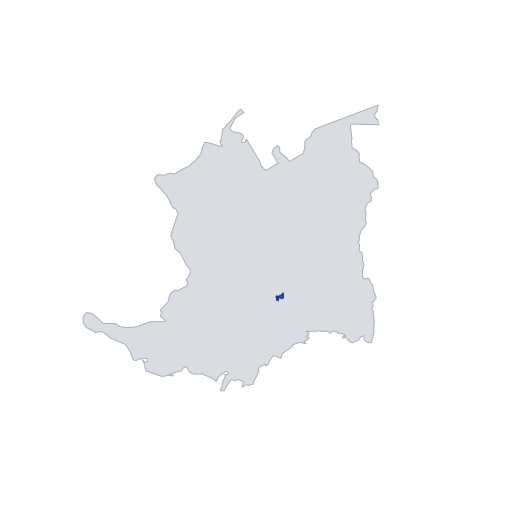 San Luis, Tolima, Colombia (highlighted), rotated 239°
{"feature_id": "7082276B12035827893700", "entity_name": "San Luis", "entity_type": "district", "adm_level": 2, "iso_a3": "COL", "parent_name": "Colombia", "parent_adm1": "Tolima", "projection": "albers", "projection_center": [-75.105, 4.126], "detail": "fine", "context": "in_parent", "style": "filled", "palette": "blue", "viewbox_px": 512, "rotation_deg": 239, "n_neighbors": 0, "source": "geoboundaries", "source_scale": "gbopen_adm2", "svg_char_len": 5469}
<svg xmlns="http://www.w3.org/2000/svg" viewBox="0 0 512 512"><g transform="rotate(239 256 256)"><path d="M290.8,85.9L286.1,87.8L276.9,90.2L270.7,100.5L266.4,102.3L261.1,108.4L257.2,115.9L254.3,131.3L246.5,144.3L247.1,144.9L250.2,144.3L253.2,142.9L254.2,143.3L255.3,145.6L258.9,146.2L261.8,156.7L267.2,162.1L267.8,164.2L268.5,168.5L266.6,171.2L266.1,180.9L267.8,183.3L271.8,184.3L274.6,190.2L276.3,191.7L278.8,192.6L284.7,191.6L295.5,192.6L298.0,192.4L304.0,190.3L311.6,192.8L317.3,193.2L332.8,211.3L334.3,210.8L336.2,211.8L340.1,209.9L343.5,209.6L347.9,210.5L353.7,210.4L365.3,208.4L367.0,207.4L373.4,208.4L375.3,209.7L376.3,213.1L375.5,215.2L373.3,217.4L372.1,220.1L371.9,223.4L370.8,225.9L368.8,227.5L368.0,229.8L368.5,232.8L367.5,246.6L368.4,247.7L369.1,253.3L371.8,260.7L373.2,262.7L375.5,264.4L379.6,270.4L378.7,272.5L368.2,282.0L367.7,284.2L369.8,283.3L373.0,284.2L374.1,286.4L382.1,293.0L382.0,295.5L384.3,300.4L383.9,301.5L389.5,315.6L389.7,318.5L385.1,319.4L384.9,310.0L384.2,308.0L379.0,299.7L377.9,299.0L374.5,300.0L368.9,306.3L366.2,307.2L364.1,306.4L361.9,302.7L360.5,302.0L359.2,305.1L361.0,307.9L335.8,308.1L330.9,306.9L324.2,308.4L324.2,322.7L336.1,322.8L339.4,326.9L339.1,330.2L339.7,331.4L336.8,332.1L332.6,329.8L325.3,332.6L319.8,333.3L319.6,349.0L322.8,352.9L329.2,357.1L330.2,359.9L329.8,362.6L331.3,366.0L333.4,367.7L333.4,369.8L334.5,372.0L322.4,438.5L318.0,434.5L316.3,430.8L314.1,429.4L309.9,430.5L305.3,428.7L319.8,406.1L319.3,404.1L307.1,398.7L305.8,397.3L300.0,394.4L296.8,395.2L295.0,396.7L290.5,397.2L286.9,394.8L282.7,393.3L277.6,397.1L276.0,397.1L272.4,398.7L268.5,399.4L263.4,397.7L259.3,398.9L256.4,398.6L255.3,397.5L251.7,396.1L251.3,394.6L252.3,391.8L250.7,386.3L250.1,385.4L247.3,385.3L244.1,383.3L243.5,382.2L244.1,379.9L243.5,378.0L240.4,373.6L236.0,372.5L231.8,368.8L227.5,367.6L225.6,364.9L223.7,359.0L219.3,354.4L216.3,352.8L215.3,350.7L212.1,350.4L207.8,347.4L205.9,347.2L204.6,348.6L200.7,347.1L197.3,344.9L193.8,344.3L191.5,343.0L187.3,338.7L182.9,336.6L180.3,337.4L179.4,340.5L177.9,341.1L172.8,340.3L171.9,341.0L170.6,340.8L164.3,338.5L158.1,337.6L156.5,332.3L152.5,330.3L151.4,327.8L148.6,328.1L138.0,323.2L133.6,319.8L129.9,318.0L126.0,314.2L125.3,312.7L122.3,310.4L123.8,307.6L127.5,305.5L132.2,307.2L132.8,303.9L131.1,301.0L131.9,294.4L133.2,292.9L135.8,291.6L137.4,292.1L138.4,291.0L142.3,291.5L143.5,291.1L146.4,288.5L147.7,286.3L149.1,286.6L152.2,283.0L151.7,279.4L154.7,278.7L157.8,272.8L159.1,272.7L159.9,269.9L165.3,260.3L163.3,261.4L161.2,260.7L161.6,257.5L160.9,257.1L159.1,259.6L157.6,257.0L158.1,252.9L155.6,253.7L155.7,252.7L159.3,249.6L160.8,242.5L159.6,239.9L158.9,229.3L158.3,227.2L155.4,224.6L160.0,221.5L161.6,219.2L159.6,214.5L156.8,210.5L156.8,208.1L158.4,208.4L159.1,201.8L157.6,199.2L155.6,199.2L149.6,189.4L147.5,187.4L149.1,182.7L150.9,180.6L150.6,177.1L151.8,177.2L154.4,180.5L155.4,180.0L159.5,176.9L159.7,174.1L162.9,171.1L158.4,161.1L156.8,159.5L158.7,156.3L159.7,156.5L161.5,159.7L164.4,161.7L168.6,167.3L170.4,168.5L169.1,169.8L168.9,171.1L169.5,171.8L171.9,172.0L172.8,170.5L172.2,163.7L171.2,160.3L169.0,157.9L169.7,156.9L174.0,155.3L183.0,148.8L186.1,142.8L188.5,140.6L191.1,139.2L194.4,139.5L196.9,138.8L197.7,136.8L196.0,132.6L197.9,126.9L197.9,124.0L199.1,122.3L198.7,121.6L195.4,123.6L198.8,119.6L201.1,113.4L214.2,102.5L222.7,105.1L225.4,105.0L221.9,106.3L221.4,107.9L222.6,109.5L223.9,110.0L225.0,109.0L227.8,102.6L228.2,99.1L229.5,97.9L231.3,97.4L239.6,98.9L247.5,98.4L260.3,89.3L270.0,85.4L272.4,81.7L273.0,78.9L274.8,77.8L276.6,77.8L277.7,76.2L282.1,73.8L286.9,73.5L292.0,75.6L294.3,79.3L294.7,81.9L290.8,85.9ZM142.5,290.4L141.9,290.8L140.7,290.0L140.3,288.9L141.0,288.1L141.9,288.3L142.5,290.4Z" fill="#d9dde1" stroke="#a8b0b8" stroke-width="1"/><path d="M206.9,252.3L207.0,252.4L207.0,252.5L207.3,252.7L207.3,252.8L207.5,252.9L207.5,253.0L207.8,253.1L208.0,253.2L208.1,253.3L208.2,253.2L208.3,253.2L208.4,252.9L208.5,252.9L208.7,253.0L208.8,253.0L208.7,253.1L208.6,253.3L208.8,253.4L209.0,253.4L209.0,253.5L208.9,253.5L208.8,253.8L208.7,254.1L208.6,254.3L208.6,254.5L208.4,254.8L208.1,255.1L207.9,255.3L207.7,255.4L207.6,255.5L207.4,255.7L207.4,255.8L207.1,256.0L206.9,256.1L206.7,256.0L206.5,256.5L206.4,256.6L206.2,256.8L206.2,257.0L206.2,257.4L206.2,257.5L206.2,257.8L206.3,257.8L206.5,257.9L206.6,258.0L206.8,258.2L206.9,258.3L207.0,258.3L207.2,258.5L207.4,258.5L207.5,258.4L207.8,258.3L207.9,258.5L208.0,258.5L208.1,258.8L208.3,258.9L208.4,259.0L208.5,259.0L208.8,259.1L208.8,259.3L209.0,259.4L209.1,259.5L209.2,259.8L209.3,259.8L209.5,259.8L209.8,260.0L210.0,260.0L210.1,259.9L210.0,259.7L209.9,259.7L209.9,259.4L209.9,259.2L209.7,259.1L209.6,258.9L209.5,258.7L209.4,258.5L209.4,258.4L209.3,258.2L209.2,258.2L209.0,257.9L209.1,257.7L209.1,257.4L209.1,257.2L209.3,257.0L209.2,257.0L209.2,256.9L209.3,256.9L209.4,256.7L209.5,256.3L209.6,256.2L209.4,256.0L209.2,256.0L209.1,255.9L209.2,255.7L209.2,255.4L209.3,255.1L209.4,254.9L209.6,254.4L209.6,254.2L209.7,253.9L209.8,253.9L209.7,253.8L209.8,253.7L209.9,253.4L209.9,253.2L210.1,252.7L210.1,252.8L210.1,253.0L210.2,253.3L210.3,253.3L210.5,253.3L210.7,253.2L210.9,253.0L210.9,252.9L210.9,252.7L210.7,252.7L210.4,252.4L210.2,252.3L210.1,252.2L209.8,252.3L209.8,252.2L209.6,252.2L209.4,252.2L209.2,252.2L208.9,251.9L208.7,251.8L208.7,251.7L208.4,251.5L208.3,251.4L208.2,251.4L207.9,251.4L207.7,251.3L207.7,251.5L207.2,251.9L207.1,252.1L207.0,252.3L206.9,252.3Z" fill="#3b82f6" stroke="#1e3a8a" stroke-width="1.5"/></g></svg>